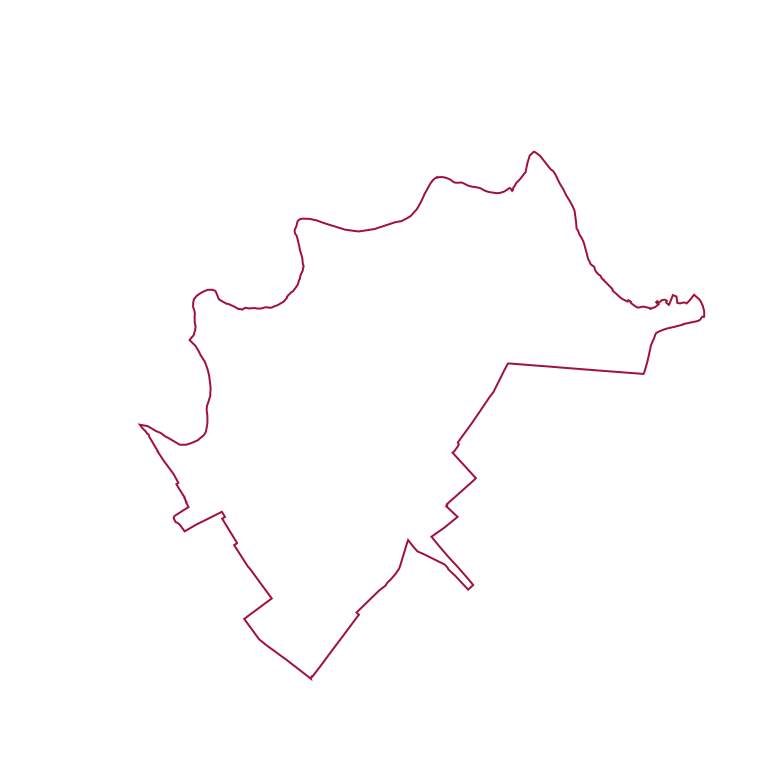 Cernica, Ilfov, Romania (Albers equal-area conic projection), rotated 311°
{"feature_id": "2599482B37635492647761", "entity_name": "Cernica", "entity_type": "district", "adm_level": 2, "iso_a3": "ROU", "parent_name": "Romania", "parent_adm1": "Ilfov", "projection": "albers", "projection_center": [26.245, 44.422], "detail": "fine", "context": "isolated", "style": "outline", "palette": "rose", "viewbox_px": 768, "rotation_deg": 311, "n_neighbors": 0, "source": "geoboundaries", "source_scale": "gbopen_adm2", "svg_char_len": 6166}
<svg xmlns="http://www.w3.org/2000/svg" viewBox="0 0 768 768"><g transform="rotate(311 384 384)"><path d="M654.8,559.5L652.1,559.6L647.8,559.8L643.4,559.5L643.4,559.0L642.6,557.3L641.3,556.0L639.5,554.9L638.6,553.9L637.7,552.2L641.9,547.3L640.6,543.7L632.0,546.8L630.6,547.1L630.6,543.4L632.3,542.9L632.0,541.0L631.0,539.8L630.2,539.2L629.0,538.6L625.8,538.2L625.7,535.8L624.2,535.8L624.2,538.9L620.0,538.2L615.4,535.7L615.7,535.2L615.1,533.7L612.5,528.8L608.2,525.6L607.6,522.9L607.2,519.4L607.2,516.7L608.0,516.5L607.6,513.4L606.0,513.7L604.7,509.0L604.3,506.3L604.3,504.5L604.5,499.3L604.4,495.6L605.1,494.3L605.4,494.3L605.6,493.9L606.4,482.1L606.8,481.3L606.5,480.9L606.8,478.3L607.4,477.4L607.7,476.1L607.4,473.6L608.0,469.6L609.8,466.5L610.4,465.7L610.0,462.9L610.1,461.0L611.6,458.1L612.1,456.5L613.6,454.1L616.4,450.1L619.6,445.3L621.3,442.8L622.6,440.5L624.0,436.9L625.1,433.3L627.2,429.6L627.6,427.4L632.1,422.9L634.5,420.1L639.5,414.5L640.5,412.6L641.8,410.1L643.8,404.7L646.0,397.5L648.5,391.8L650.8,384.6L653.6,378.1L655.0,374.9L655.0,374.0L655.7,372.3L655.4,369.1L655.8,366.2L656.3,364.2L656.6,362.3L657.1,360.0L658.1,354.5L658.6,352.4L658.2,346.5L657.7,344.7L657.0,344.6L652.0,344.1L645.2,347.1L643.2,348.2L640.0,350.0L636.8,351.9L634.4,351.9L632.3,352.0L629.3,352.2L627.0,352.3L622.6,351.9L618.8,352.8L617.1,352.7L616.1,353.4L615.1,354.0L613.8,354.0L614.0,353.1L614.5,351.8L614.5,350.7L614.1,350.1L613.5,349.9L611.9,349.6L608.0,348.4L604.8,346.5L602.1,344.1L597.7,337.2L596.2,333.8L595.7,331.6L595.3,329.7L594.9,327.9L593.7,325.8L592.2,323.2L590.9,321.4L588.9,317.4L588.4,315.4L587.5,311.8L586.7,310.0L584.5,307.9L582.7,305.7L582.1,303.9L581.8,302.1L581.9,300.7L581.7,299.8L581.2,298.0L580.6,296.3L580.1,295.1L579.3,293.6L578.3,292.1L576.3,289.9L574.7,288.9L575.0,288.3L572.5,287.5L571.2,287.3L569.2,287.2L566.2,287.4L563.5,287.9L560.4,288.6L558.0,289.2L554.4,289.8L550.7,291.0L546.9,292.1L537.8,294.1L528.1,293.9L524.7,292.8L518.3,290.3L514.0,286.7L511.1,284.9L508.0,283.1L503.0,280.1L497.2,276.6L494.9,275.3L486.8,268.5L482.6,264.9L479.3,260.1L478.9,259.4L478.4,258.6L478.0,258.1L475.9,254.8L475.8,254.7L475.0,253.5L474.6,252.5L472.1,246.9L471.4,245.3L469.8,241.6L468.6,239.0L467.4,236.2L465.8,232.4L463.3,225.8L459.9,219.7L455.5,214.2L453.0,212.3L450.4,212.0L448.9,212.6L447.4,213.4L446.2,214.1L445.1,214.5L443.8,214.9L442.6,215.2L441.4,215.7L440.5,216.5L439.1,218.5L438.7,220.6L436.4,224.1L434.7,226.4L433.0,228.8L429.8,232.9L427.1,237.2L425.1,240.1L423.6,241.6L421.7,243.6L420.9,245.0L420.2,245.8L419.8,246.4L418.8,246.7L417.2,247.5L416.5,248.2L412.8,249.2L410.4,250.1L409.0,250.9L408.5,251.5L406.4,251.8L405.6,252.3L402.5,253.7L401.8,253.9L400.5,253.8L399.7,254.1L398.1,254.2L397.2,254.2L395.7,254.3L394.2,254.5L392.8,253.9L390.4,253.7L388.7,253.5L386.0,253.6L385.5,254.2L384.0,254.2L381.6,254.3L380.6,254.3L378.8,253.7L375.4,252.6L373.1,251.7L371.1,250.5L367.8,249.0L366.8,247.9L365.9,246.8L365.6,245.9L363.4,243.6L362.3,243.0L360.8,242.1L359.2,240.5L357.3,238.1L356.4,236.5L352.3,232.3L351.6,231.1L350.9,229.9L349.4,228.8L347.2,228.3L346.7,227.2L346.0,225.9L345.0,224.8L344.8,223.2L344.5,221.9L344.1,219.9L343.6,218.4L343.0,216.3L342.3,214.1L341.2,212.3L340.7,209.6L340.1,207.0L339.6,203.8L342.1,199.0L343.6,195.8L342.8,193.2L341.5,191.4L339.3,189.1L335.1,187.0L332.1,185.9L327.7,184.8L323.2,185.0L320.1,186.7L316.8,189.5L315.4,192.0L314.4,193.5L312.9,195.3L310.8,196.6L308.2,199.1L306.3,200.7L304.5,203.2L303.2,204.6L302.0,205.1L301.0,206.2L298.7,206.9L297.0,208.0L295.2,208.4L294.0,208.3L292.7,208.3L289.6,208.5L289.1,216.5L287.4,222.1L285.4,226.8L283.9,232.1L283.1,234.5L281.4,237.6L278.4,242.7L275.3,246.9L269.7,253.1L266.6,256.4L263.5,258.5L261.4,260.5L255.1,263.3L251.3,264.8L248.1,267.1L244.2,271.5L239.0,276.1L234.6,278.9L231.0,280.9L227.8,281.6L226.0,281.4L221.8,280.7L219.8,280.5L215.3,278.5L212.1,276.8L208.3,274.5L204.2,269.7L201.7,256.2L201.0,253.6L200.5,247.5L198.9,242.9L197.2,233.3L193.1,226.5L192.7,228.4L192.2,230.5L191.9,235.0L191.2,237.9L191.5,239.4L190.1,241.6L189.5,243.5L184.8,257.6L184.5,257.5L181.3,269.2L180.8,271.6L178.1,283.7L177.9,284.5L174.8,292.9L174.5,293.6L172.2,293.0L171.8,294.2L171.5,295.2L170.9,297.0L170.7,297.5L170.2,299.4L169.4,301.9L169.2,302.4L168.8,304.0L168.6,304.5L168.3,305.0L168.2,305.9L167.9,307.2L167.4,308.2L167.1,308.1L166.4,309.8L165.6,311.7L165.4,312.2L164.9,312.0L163.3,316.2L162.9,317.2L156.0,315.1L152.1,314.0L148.0,312.8L146.4,312.5L144.8,313.2L143.1,317.2L143.6,318.9L143.8,320.0L143.8,322.1L143.7,322.8L142.0,330.2L154.9,334.6L155.6,334.9L166.1,339.3L181.2,345.5L179.4,351.2L176.2,350.2L167.7,377.2L167.5,377.6L167.4,377.6L167.2,377.5L166.1,377.2L164.1,376.6L157.0,400.8L156.5,404.5L152.6,421.7L148.5,440.0L139.2,437.9L115.0,432.6L109.4,457.2L109.7,466.6L111.9,492.0L113.6,522.2L114.1,521.5L116.2,521.4L116.2,521.9L116.3,521.9L123.2,521.5L127.9,521.2L132.5,520.9L135.3,520.7L139.5,520.3L147.7,519.7L167.6,518.3L180.6,517.3L193.5,516.4L193.5,513.2L225.0,515.8L232.8,517.4L236.1,516.9L241.0,517.3L247.8,517.3L254.3,516.6L256.9,515.7L265.3,511.9L276.5,506.9L277.5,506.4L278.6,506.0L280.0,505.3L281.2,505.1L282.0,504.7L280.5,512.5L279.6,519.1L281.6,525.4L287.6,548.4L287.1,552.6L286.3,554.2L286.0,563.5L284.0,582.4L290.8,583.2L292.1,575.5L294.4,558.9L295.7,546.4L298.0,531.0L299.9,520.0L314.8,523.7L332.0,526.7L332.6,511.2L333.6,511.5L334.5,511.0L334.5,510.3L335.8,510.5L338.6,510.8L340.4,511.1L341.8,511.2L342.7,511.4L348.1,512.1L370.0,514.9L373.2,515.1L377.1,480.8L378.6,481.2L380.0,481.1L382.3,480.9L383.7,480.8L385.2,480.7L387.6,480.0L388.2,478.1L388.3,478.1L390.3,477.9L396.0,477.4L411.8,476.0L426.5,474.3L432.8,473.5L439.8,472.7L443.6,472.2L449.5,471.9L468.4,467.1L471.1,466.3L480.2,464.2L481.1,464.3L500.8,490.9L504.5,495.8L513.0,507.4L532.9,534.3L535.7,538.1L561.9,573.3L564.9,572.2L573.5,568.2L580.4,564.5L588.3,560.1L595.9,557.7L599.2,556.4L601.1,556.0L604.7,557.4L608.2,559.2L611.5,561.2L618.3,566.1L621.8,568.5L624.6,570.4L625.4,570.8L625.6,570.6L632.1,575.5L635.5,578.1L637.8,579.7L639.6,580.4L643.5,580.0L644.5,581.3L644.7,581.5L645.8,580.7L648.7,578.2L649.9,576.6L652.4,572.8L653.9,569.2L654.7,567.1L654.8,559.5Z" fill="none" stroke="#9f1239" stroke-width="2"/></g></svg>